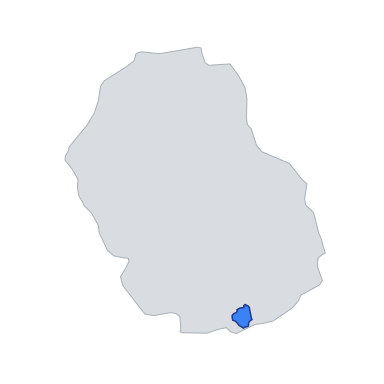 Centar župa highlighted on a map of North Macedonia, rotated 258°
{"feature_id": "MKD-2951", "entity_name": "Centar župa", "entity_type": "Statistical Region", "adm_level": 1, "iso_a3": "MKD", "parent_name": "North Macedonia", "parent_adm1": "", "projection": "albers", "projection_center": [20.577, 41.464], "detail": "fine", "context": "in_parent", "style": "filled", "palette": "blue", "viewbox_px": 384, "rotation_deg": 258, "n_neighbors": 0, "source": "natural_earth", "source_scale": "10m", "svg_char_len": 1530}
<svg xmlns="http://www.w3.org/2000/svg" viewBox="0 0 384 384"><g transform="rotate(258 192 192)"><path d="M172.1,92.7L178.5,93.5L192.3,89.3L200.8,83.7L205.2,82.9L211.0,80.6L219.5,80.8L228.0,83.1L238.8,79.7L249.4,74.4L253.6,75.6L258.3,79.9L261.4,81.0L279.6,103.7L289.5,112.8L301.1,119.6L314.3,124.4L319.1,129.3L328.1,153.6L332.4,162.7L338.0,165.4L339.4,168.0L339.7,171.5L334.0,188.9L332.5,227.6L331.0,230.7L324.4,230.7L315.6,231.8L312.4,234.9L309.4,255.7L295.4,262.0L282.6,265.6L271.8,265.1L252.7,260.6L246.5,260.2L241.2,263.1L224.3,264.8L216.9,268.6L199.7,293.2L182.1,301.8L176.1,306.1L162.4,300.9L155.9,300.4L146.6,306.7L125.9,307.4L120.4,308.5L104.5,309.6L103.8,306.3L100.9,301.4L93.4,299.1L78.3,301.1L74.6,297.5L68.4,276.9L63.5,273.6L58.1,266.7L48.9,244.3L48.7,234.4L49.3,225.9L44.3,205.8L47.4,200.7L52.1,197.5L52.2,189.4L50.8,177.1L56.4,153.0L57.9,151.2L59.3,152.4L72.7,154.3L76.2,151.2L78.4,146.5L79.1,128.8L82.3,120.6L114.5,105.0L124.0,104.4L131.4,111.4L137.2,116.0L140.6,115.8L141.9,111.2L145.7,102.3L152.3,97.2L171.9,92.7L172.1,92.7Z" fill="#d9dde1" stroke="#a8b0b8" stroke-width="1"/><path d="M54.7,224.1L54.2,222.5L52.8,220.6L51.9,220.0L50.0,219.7L49.1,219.0L48.9,218.1L48.7,215.6L48.3,214.4L48.1,214.0L49.8,212.4L51.5,210.4L54.2,209.1L56.8,207.5L58.1,205.2L60.9,205.2L62.9,205.6L64.3,207.5L65.0,210.4L66.2,211.5L67.5,211.5L68.4,214.3L68.4,216.7L68.4,218.8L70.2,219.1L70.9,220.6L70.2,221.4L68.8,223.2L67.2,224.1L63.9,223.9L60.0,223.9L56.4,223.9L54.7,224.1Z" fill="#3b82f6" stroke="#1e3a8a" stroke-width="1.5"/></g></svg>